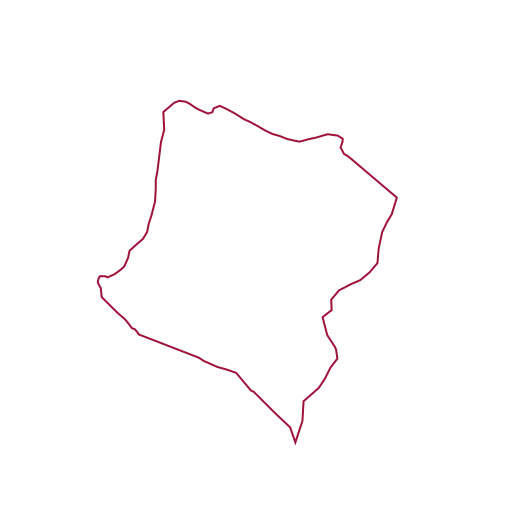 Matu, Sarawak, Malaysia, rotated 52°
{"feature_id": "92858781B59965147339315", "entity_name": "Matu", "entity_type": "district", "adm_level": 2, "iso_a3": "MYS", "parent_name": "Malaysia", "parent_adm1": "Sarawak", "projection": "natural_earth1", "projection_center": [111.67, 2.652], "detail": "fine", "context": "isolated", "style": "outline", "palette": "rose", "viewbox_px": 512, "rotation_deg": 52, "n_neighbors": 0, "source": "geoboundaries", "source_scale": "gbopen_adm2", "svg_char_len": 1348}
<svg xmlns="http://www.w3.org/2000/svg" viewBox="0 0 512 512"><g transform="rotate(52 256 256)"><path d="M427.1,339.7L414.6,321.0L399.7,307.9L398.6,287.8L395.1,277.2L389.8,266.1L387.0,255.1L379.2,250.6L376.4,249.8L362.2,248.6L345.2,241.2L345.2,229.7L336.7,223.6L334.2,211.8L336.7,198.3L339.2,188.8L338.8,176.6L336.4,164.7L325.8,154.9L314.8,141.8L309.8,131.6L306.7,123.4L296.7,109.1L234.7,121.9L229.7,123.8L222.5,122.5L219.2,117.4L217.0,115.5L211.5,117.4L204.3,124.4L202.1,129.6L199.9,135.3L196.5,142.3L192.7,151.3L188.3,155.1L182.7,159.6L176.1,163.4L170.0,167.9L162.3,171.7L155.6,174.3L146.8,178.1L140.7,181.3L130.2,185.1L121.4,189.0L115.3,192.2L113.6,198.6L115.8,201.8L114.2,206.2L105.9,210.7L101.5,212.6L95.4,214.5L91.0,216.5L86.5,220.9L84.9,226.0L85.5,240.4L100.0,250.6L107.8,260.8L116.0,269.0L128.7,281.7L134.4,288.2L141.8,294.0L151.0,302.1L159.8,313.6L164.4,320.5L170.1,327.1L172.9,334.4L173.3,342.6L174.0,352.4L178.6,357.8L183.2,366.4L183.5,372.5L183.2,379.0L181.4,386.2L179.3,387.1L175.9,391.3L176.4,393.0L177.8,395.3L179.4,396.9L181.8,397.5L185.7,398.1L193.4,402.9L215.5,400.1L225.3,398.2L229.5,398.1L233.2,398.1L236.7,398.2L239.0,396.6L242.6,396.4L245.8,396.6L300.9,363.7L306.7,361.7L319.6,354.8L327.0,349.3L335.8,343.6L359.0,342.8L361.5,341.4L392.3,337.6L412.0,334.6L427.1,339.7Z" fill="none" stroke="#9f1239" stroke-width="2"/></g></svg>